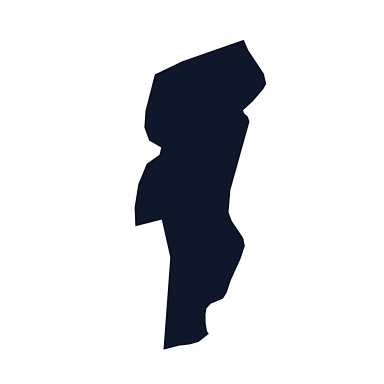 outline of Sal, rotated 13°
{"feature_id": "CPV-5056", "entity_name": "Sal", "entity_type": "state/province", "adm_level": 1, "iso_a3": "CPV", "parent_name": "Cabo Verde", "parent_adm1": "", "projection": "orthographic", "projection_center": [-22.924, 16.727], "detail": "fine", "context": "isolated", "style": "filled", "palette": "ink", "viewbox_px": 384, "rotation_deg": 13, "n_neighbors": 0, "source": "natural_earth", "source_scale": "10m", "svg_char_len": 678}
<svg xmlns="http://www.w3.org/2000/svg" viewBox="0 0 384 384"><g transform="rotate(13 192 192)"><path d="M200.3,350.9L186.3,260.4L169.1,224.6L145.0,237.0L140.3,219.8L138.7,196.5L142.3,175.0L152.8,163.2L152.8,155.0L139.2,150.9L131.8,139.5L129.2,123.5L130.1,86.2L153.6,67.4L208.0,33.1L214.2,41.6L234.8,61.1L239.1,70.0L237.7,75.1L230.4,89.2L222.4,100.9L224.5,104.2L228.9,106.6L231.4,110.7L228.2,181.3L231.4,203.8L236.6,211.7L251.6,225.8L254.8,232.7L253.6,245.9L248.8,269.6L247.7,281.8L245.5,288.4L234.9,296.0L231.5,302.1L231.9,308.4L234.2,317.3L237.2,324.6L239.2,326.5L231.6,336.0L223.5,340.4L213.4,344.0L200.3,350.9Z" fill="#0f172a" stroke="#020617" stroke-width="1.5"/></g></svg>